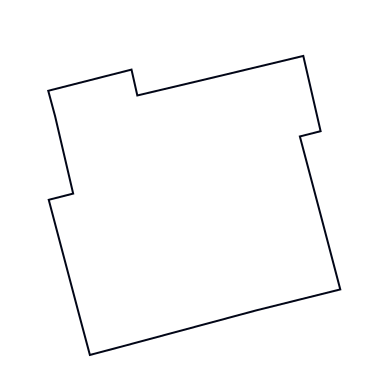 Whitley, Indiana, United States of America, rotated 346°
{"feature_id": "52423323B56152187433060", "entity_name": "Whitley", "entity_type": "district", "adm_level": 2, "iso_a3": "USA", "parent_name": "United States of America", "parent_adm1": "Indiana", "projection": "robinson", "projection_center": [-85.517, 41.149], "detail": "fine", "context": "isolated", "style": "outline", "palette": "ink", "viewbox_px": 384, "rotation_deg": 346, "n_neighbors": 0, "source": "geoboundaries", "source_scale": "gbopen_adm2", "svg_char_len": 368}
<svg xmlns="http://www.w3.org/2000/svg" viewBox="0 0 384 384"><g transform="rotate(346 192 192)"><path d="M52.8,284.6L53.5,325.4L82.8,325.0L225.6,322.4L268.9,322.4L312.3,322.4L311.3,245.5L310.1,164.2L331.5,164.1L332.9,86.9L246.4,86.1L162.3,85.1L162.9,58.6L77.0,59.0L77.5,85.4L76.3,164.8L51.1,164.9L52.8,284.6Z" fill="none" stroke="#020617" stroke-width="2"/></g></svg>